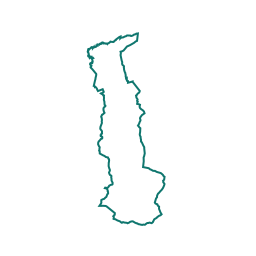 the district of Malini, Suceava, Romania, rotated 309°
{"feature_id": "2599482B41732614853379", "entity_name": "Malini", "entity_type": "district", "adm_level": 2, "iso_a3": "ROU", "parent_name": "Romania", "parent_adm1": "Suceava", "projection": "natural_earth1", "projection_center": [26.022, 47.371], "detail": "fine", "context": "isolated", "style": "outline", "palette": "teal", "viewbox_px": 256, "rotation_deg": 309, "n_neighbors": 0, "source": "geoboundaries", "source_scale": "gbopen_adm2", "svg_char_len": 5646}
<svg xmlns="http://www.w3.org/2000/svg" viewBox="0 0 256 256"><g transform="rotate(309 128 128)"><path d="M113.1,187.1L113.0,186.0L113.5,184.7L113.6,183.5L113.6,181.8L112.0,178.1L111.6,175.9L110.5,174.4L110.2,172.4L109.8,171.2L109.8,169.4L107.1,164.3L108.2,163.6L112.0,161.2L114.9,158.7L116.4,158.2L118.8,157.0L122.3,153.5L123.3,152.7L124.0,150.9L125.6,147.7L125.6,146.9L125.9,146.4L127.0,145.6L127.9,144.4L129.2,143.2L129.6,142.1L130.5,141.1L132.6,139.9L135.6,137.7L135.7,136.1L135.9,135.6L136.1,135.2L136.1,134.3L138.5,133.9L139.6,133.4L141.6,133.0L142.3,132.4L142.6,131.8L142.9,131.4L143.8,130.9L146.7,130.7L149.8,131.6L150.8,130.1L150.9,129.8L151.1,128.2L150.9,126.3L151.1,124.7L151.4,124.2L152.0,123.5L153.6,122.7L153.4,121.8L152.5,119.9L153.4,119.4L154.6,119.0L154.6,118.3L154.9,117.9L156.0,117.7L156.3,117.3L156.9,115.4L158.0,114.3L158.1,113.9L158.3,113.8L159.4,114.1L160.3,113.9L160.9,113.9L162.1,114.3L163.4,114.2L164.2,113.8L166.7,102.9L166.6,102.7L167.1,102.3L165.6,101.3L163.2,99.5L164.1,98.9L164.4,98.5L164.0,98.1L164.1,97.4L164.2,97.2L166.1,95.6L165.3,95.3L165.6,94.9L166.3,94.3L166.8,93.5L167.6,93.0L168.1,92.4L168.6,91.6L169.0,91.4L169.6,90.0L170.9,88.2L171.7,87.5L172.3,86.7L172.9,86.5L173.3,86.1L173.6,85.6L173.6,85.0L173.5,84.4L173.6,84.0L174.1,83.1L175.6,82.0L176.4,80.7L180.0,76.3L181.2,75.7L182.2,74.8L182.6,74.2L184.0,75.2L185.5,75.8L190.7,75.9L193.6,77.4L198.0,79.1L200.1,79.5L201.4,80.2L207.7,76.2L207.1,75.7L206.6,75.1L205.5,74.8L204.4,73.9L203.6,73.8L201.8,72.9L201.3,72.2L201.3,71.6L199.3,69.0L198.1,68.7L197.0,67.9L195.5,67.3L193.7,65.7L192.9,65.6L194.4,64.6L193.2,64.0L188.8,62.9L188.5,63.2L187.2,62.6L186.6,62.8L185.8,62.6L185.4,62.3L185.3,62.0L184.4,60.7L184.1,60.0L183.3,60.0L182.3,59.7L181.7,59.6L180.8,58.9L180.7,59.0L180.2,59.1L180.2,58.9L180.4,58.7L180.1,58.3L179.9,57.7L179.3,57.3L179.2,56.9L179.2,56.5L178.2,55.7L178.6,55.3L178.7,54.9L178.4,54.3L178.2,54.1L177.4,53.9L177.4,54.1L177.2,54.1L176.5,54.0L176.3,54.1L176.1,53.9L176.3,53.7L176.3,53.4L175.7,53.1L174.9,53.1L174.9,53.3L174.6,53.3L174.3,52.9L174.0,52.0L173.8,51.9L173.7,51.7L173.3,51.9L173.0,51.8L172.8,52.1L172.6,51.6L172.3,51.4L171.6,52.1L171.0,52.0L169.3,50.9L169.7,50.4L168.5,50.4L168.8,50.2L168.4,49.4L167.9,48.8L167.3,49.0L167.0,48.7L166.3,48.8L165.5,48.3L164.9,48.3L164.9,47.9L164.6,47.6L164.4,47.8L163.8,47.7L163.1,48.1L163.4,48.5L162.5,48.7L162.1,48.6L161.7,49.0L161.6,49.3L161.7,49.6L161.4,50.1L161.0,50.4L160.9,50.8L160.4,51.0L160.1,51.3L160.2,51.5L160.9,52.0L160.4,51.9L159.2,51.5L158.9,51.8L159.7,52.5L159.7,53.3L159.1,53.0L158.7,53.5L158.8,53.7L158.4,53.7L158.3,54.1L159.3,53.9L160.2,54.6L159.4,55.1L159.3,55.5L159.8,56.1L160.5,56.3L160.4,57.0L159.4,56.5L159.0,56.5L158.8,56.9L157.6,58.6L157.3,58.7L156.9,58.5L156.5,58.6L156.2,59.0L156.2,59.3L155.8,59.4L155.4,59.2L155.3,58.3L155.1,58.2L154.6,58.0L154.1,58.1L153.5,58.6L153.3,59.7L153.1,60.2L153.2,60.5L152.4,60.7L151.7,60.6L151.5,61.0L151.2,63.5L150.5,66.9L150.2,68.3L150.1,68.8L150.1,69.1L149.7,69.6L148.6,70.3L146.2,71.4L145.8,71.8L144.1,72.5L139.2,74.9L139.5,75.4L139.5,75.7L139.3,75.9L139.3,76.2L139.1,76.4L139.4,76.5L139.4,77.7L138.9,79.3L138.5,79.8L137.8,81.4L142.2,83.9L140.8,86.4L140.0,86.2L139.6,86.3L139.3,86.3L139.0,86.1L138.2,85.3L137.8,85.2L138.1,87.1L138.1,87.6L137.8,88.1L138.2,88.8L138.1,89.0L137.3,89.4L136.3,90.4L134.7,91.5L133.6,93.1L131.7,94.8L131.2,95.4L131.2,96.3L131.0,96.5L130.6,96.7L129.1,96.4L127.9,96.5L127.3,97.1L126.7,97.4L126.0,98.4L125.5,99.0L125.0,100.2L122.9,99.9L122.4,99.6L121.9,99.5L121.4,99.6L121.2,99.8L120.1,99.9L119.7,100.3L119.3,101.2L118.2,102.3L117.9,102.7L116.6,103.4L115.8,104.3L115.4,104.6L111.5,105.9L110.0,106.9L109.7,107.4L109.4,109.0L109.2,109.6L108.8,110.1L107.8,110.8L107.5,111.2L107.1,111.3L106.5,111.0L105.8,111.4L105.2,111.2L105.1,111.3L104.5,112.0L104.9,113.3L104.8,113.7L103.9,114.4L103.6,114.5L102.2,113.8L101.0,113.9L99.0,113.7L97.6,114.2L96.3,115.3L96.1,116.0L95.6,116.8L95.3,118.0L94.8,118.4L93.6,119.0L92.7,119.9L92.3,119.8L92.1,120.1L91.9,120.8L90.4,122.1L91.1,126.0L91.5,127.3L91.5,129.0L92.5,131.0L91.8,132.1L91.7,132.5L91.8,132.9L91.3,133.3L91.1,133.6L89.4,134.7L89.0,134.8L86.8,136.5L86.3,136.8L85.0,138.6L84.0,140.3L83.5,140.7L81.4,141.3L80.7,142.3L80.4,143.0L80.2,143.6L80.4,145.0L80.2,145.4L79.1,146.0L78.5,146.8L76.8,148.3L76.1,149.7L76.0,150.1L75.7,150.6L74.5,151.4L74.2,151.4L72.8,150.3L71.7,149.9L71.3,149.7L70.4,149.9L68.6,149.8L68.2,149.5L67.7,148.4L67.3,147.8L66.7,147.9L67.5,149.4L67.3,150.3L66.7,151.6L66.1,151.9L65.8,152.7L64.5,153.8L63.7,153.6L62.6,153.9L61.0,154.5L60.6,154.5L59.7,154.2L58.0,154.1L56.5,153.1L55.2,152.6L54.0,153.5L53.6,154.0L52.9,154.4L52.0,154.6L49.5,154.8L52.0,157.8L53.4,159.8L53.6,160.9L53.6,171.3L52.2,172.3L51.7,172.1L50.2,172.1L50.2,172.7L49.5,173.3L48.3,173.9L48.4,174.4L49.1,175.5L49.5,178.0L50.2,179.9L50.4,180.8L50.3,181.8L50.5,182.9L51.2,183.0L51.8,183.5L52.2,184.6L53.6,186.8L53.7,187.6L54.6,188.1L54.9,188.3L56.4,188.7L57.7,189.6L58.5,190.5L58.9,193.4L59.2,194.0L59.2,194.5L59.8,195.4L59.8,196.6L60.3,197.3L60.7,198.3L61.6,200.0L62.6,200.7L63.2,201.7L63.6,202.1L65.6,202.5L66.4,202.9L67.1,203.7L67.9,204.1L68.4,205.0L68.7,205.9L69.0,206.3L70.5,206.6L71.1,206.3L71.9,206.3L73.2,205.9L73.8,205.9L76.1,206.8L77.1,206.8L79.6,207.5L80.6,208.2L82.1,208.4L82.9,206.1L83.3,205.6L84.7,203.0L86.5,201.6L86.4,200.8L86.5,199.8L87.1,199.1L87.2,198.8L86.7,197.5L86.6,196.7L87.0,195.7L88.1,195.3L90.7,194.2L91.6,194.1L92.5,194.1L93.5,193.3L94.4,193.0L95.7,192.7L96.2,192.7L97.2,192.9L99.1,192.9L101.0,193.1L103.0,193.0L104.8,192.6L106.9,191.9L107.4,191.6L107.6,191.4L108.0,189.6L108.6,189.2L109.0,188.5L110.6,188.6L113.1,187.1Z" fill="none" stroke="#0f766e" stroke-width="2"/></g></svg>